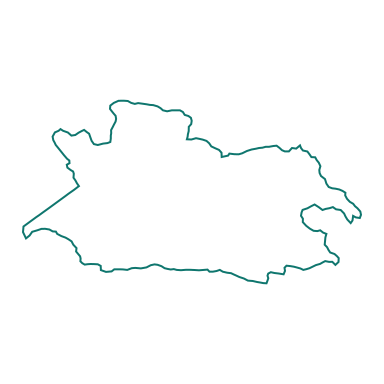 the district of Itaguaçu, Espírito Santo, Brazil, rotated 90°
{"feature_id": "56859067B33712162674860", "entity_name": "Itaguaçu", "entity_type": "district", "adm_level": 2, "iso_a3": "BRA", "parent_name": "Brazil", "parent_adm1": "Espírito Santo", "projection": "equal_earth", "projection_center": [-40.868, -19.725], "detail": "fine", "context": "isolated", "style": "outline", "palette": "teal", "viewbox_px": 384, "rotation_deg": 90, "n_neighbors": 0, "source": "geoboundaries", "source_scale": "gbopen_adm2", "svg_char_len": 3543}
<svg xmlns="http://www.w3.org/2000/svg" viewBox="0 0 384 384"><g transform="rotate(90 192 192)"><path d="M102.9,270.2L105.6,273.7L108.9,274.0L111.5,272.0L113.5,270.4L115.8,268.4L118.9,267.9L121.5,268.4L124.5,270.0L127.3,271.4L130.1,272.9L133.2,272.8L135.6,273.2L138.6,273.2L142.0,273.7L143.1,276.6L143.6,280.9L145.0,286.2L144.1,290.1L140.8,292.4L136.9,293.8L133.7,294.9L132.1,297.2L129.9,299.9L131.1,302.4L132.7,305.4L135.0,308.7L135.6,312.6L132.5,316.1L130.8,320.9L129.1,323.5L130.8,325.4L132.4,329.1L136.6,331.4L140.2,330.7L142.7,329.3L144.9,328.3L147.7,326.0L150.7,323.6L153.2,321.6L155.2,320.0L158.8,316.9L160.5,314.7L163.2,314.5L164.7,317.2L167.6,316.6L170.0,313.4L171.5,310.9L173.7,310.2L177.7,310.5L180.4,308.6L183.2,307.1L186.1,305.1L189.8,309.9L193.8,315.6L196.2,318.8L208.4,335.5L212.2,340.8L215.2,344.9L217.1,347.7L219.3,350.7L221.2,353.3L226.5,360.5L232.1,361.0L238.4,358.0L235.5,354.4L231.8,351.8L230.3,346.7L228.9,342.6L228.8,338.9L229.5,334.6L231.4,331.3L231.6,328.1L233.9,326.8L236.1,322.6L237.6,318.5L239.3,315.5L241.4,312.4L244.7,310.7L248.1,307.5L251.5,307.9L256.3,303.9L258.5,303.4L261.3,303.6L263.2,301.7L264.6,299.3L264.2,296.4L264.0,293.4L264.1,289.7L264.3,286.2L265.9,283.3L270.1,283.1L271.9,278.0L271.4,272.4L269.3,269.7L269.3,265.2L269.4,261.2L269.9,256.7L268.2,252.3L267.9,248.7L268.4,243.1L267.4,237.5L265.2,233.2L264.4,229.5L264.8,226.4L266.2,222.5L268.2,219.4L268.9,216.5L269.5,213.3L269.1,210.2L269.9,207.3L270.2,203.1L269.8,198.1L269.8,194.2L270.0,189.6L270.3,185.0L269.9,180.0L269.6,176.5L271.7,174.5L271.7,171.3L271.0,167.4L269.9,164.2L271.7,161.2L272.7,156.9L273.2,152.9L274.4,150.4L275.5,147.9L277.0,144.7L278.5,140.1L280.6,136.1L281.0,131.2L282.0,126.9L282.5,123.9L283.1,120.7L283.3,117.5L280.6,116.5L278.2,115.7L275.7,116.5L273.6,115.8L272.2,113.2L273.0,109.6L273.5,105.4L274.3,100.4L270.9,99.0L267.8,99.5L265.7,97.5L266.1,93.7L266.7,90.1L267.6,86.7L268.5,83.5L269.9,80.7L269.2,77.7L268.2,74.5L266.7,71.4L265.1,68.1L263.9,63.9L262.5,61.5L261.1,58.8L261.9,54.8L261.8,51.7L264.9,48.6L262.0,45.5L258.1,45.3L256.1,47.1L254.0,49.5L252.5,53.8L249.8,55.6L247.2,56.9L244.7,59.3L237.4,58.6L233.9,57.6L232.6,60.9L230.3,63.8L231.1,66.6L230.8,70.4L228.6,74.2L225.8,77.8L222.1,81.2L218.7,81.1L215.8,83.0L212.4,82.4L209.9,81.4L208.3,76.6L206.1,72.6L204.5,69.4L207.2,65.2L210.0,61.5L208.9,58.3L208.2,54.6L207.1,51.1L209.3,48.0L210.0,43.3L213.5,39.9L216.5,38.5L219.5,36.7L223.1,33.3L220.5,31.5L215.9,30.9L217.4,28.2L218.0,24.2L214.8,23.0L211.5,23.7L208.2,26.6L206.2,29.0L203.8,30.8L201.8,34.2L198.8,37.0L195.4,38.8L192.7,38.6L190.9,41.5L189.5,44.7L188.7,48.4L188.3,51.8L187.0,55.3L183.6,57.6L179.1,59.0L176.0,63.0L173.0,64.4L170.0,64.7L166.2,63.6L162.7,65.2L160.1,67.3L157.3,68.8L157.1,72.6L154.3,74.5L151.5,76.6L150.5,81.1L148.0,83.0L145.4,84.0L148.6,87.8L148.0,92.0L151.4,95.1L151.4,99.2L150.2,102.0L147.9,104.5L145.7,107.4L146.0,110.6L146.8,115.0L146.8,118.3L147.7,121.6L148.0,125.0L148.7,128.0L149.5,132.4L151.0,137.1L153.3,141.8L154.3,145.3L154.2,149.7L153.6,154.6L155.6,155.9L157.0,162.3L152.7,162.5L149.9,165.0L148.3,168.7L146.4,172.7L143.3,174.8L140.9,177.5L139.6,181.3L138.8,184.9L138.2,188.0L139.5,192.6L139.3,197.1L136.8,196.4L134.3,196.1L131.1,195.3L126.8,195.2L124.1,192.8L120.8,192.3L117.8,193.1L116.0,195.6L114.9,199.3L112.0,201.1L110.3,204.1L110.3,207.5L110.3,212.0L111.3,216.9L110.3,221.1L108.2,223.4L106.4,226.4L105.1,230.8L104.9,234.1L104.3,237.3L103.7,241.5L103.1,245.9L103.9,249.2L102.9,252.8L101.0,256.2L100.7,260.4L100.8,265.5L102.9,270.2Z" fill="none" stroke="#0f766e" stroke-width="2"/></g></svg>